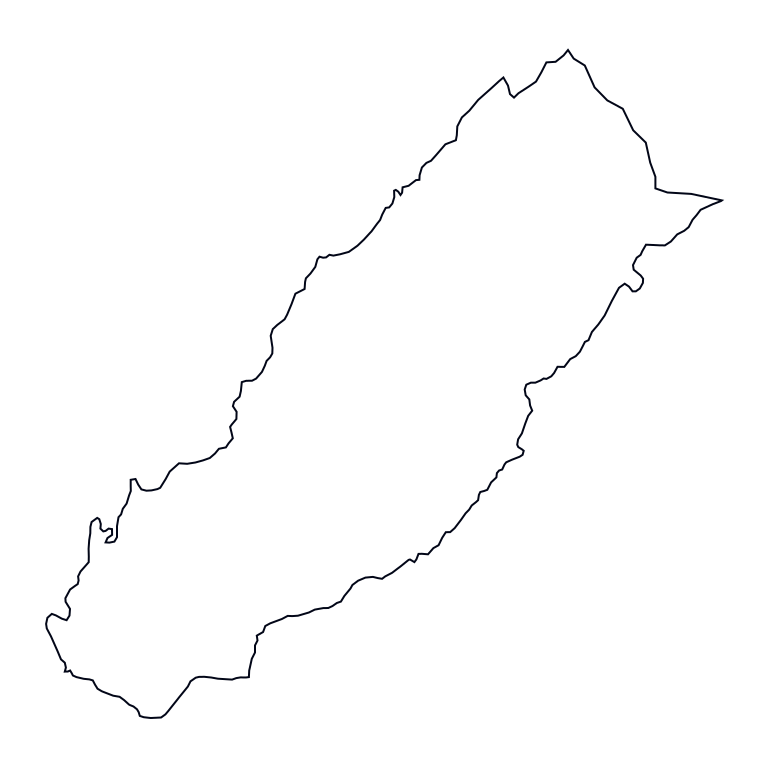 the district of Porkpa, Grand Cape Mount, Liberia
{"feature_id": "62588387B76680524179510", "entity_name": "Porkpa", "entity_type": "district", "adm_level": 2, "iso_a3": "LBR", "parent_name": "Liberia", "parent_adm1": "Grand Cape Mount", "projection": "equal_earth", "projection_center": [-11.08, 7.305], "detail": "fine", "context": "isolated", "style": "outline", "palette": "ink", "viewbox_px": 768, "rotation_deg": 0, "n_neighbors": 0, "source": "geoboundaries", "source_scale": "gbopen_adm2", "svg_char_len": 4478}
<svg xmlns="http://www.w3.org/2000/svg" viewBox="0 0 768 768"><path d="M721.9,200.4L691.2,193.9L667.4,192.5L655.4,188.4L655.4,176.8L650.2,162.6L645.8,142.6L633.2,130.3L622.8,108.8L607.3,100.4L594.6,87.4L584.8,65.5L573.7,58.6L568.2,50.3L568.0,50.0L567.1,51.1L563.6,55.4L555.6,61.8L546.4,62.4L541.3,72.4L536.0,81.6L528.4,86.8L518.5,93.2L514.0,97.6L510.0,94.1L508.0,85.6L503.4,77.5L499.1,81.1L491.8,87.8L478.2,99.9L469.3,110.7L461.9,117.4L457.3,126.4L456.8,135.3L455.9,140.2L445.4,144.3L436.1,155.1L431.0,160.8L426.4,162.9L421.9,167.5L419.6,175.2L419.4,179.8L416.0,180.1L411.3,183.7L408.6,185.8L402.6,187.3L402.1,192.7L400.5,195.0L398.3,191.7L395.8,189.9L394.1,190.7L394.3,197.1L392.4,203.5L389.2,207.4L385.7,207.9L382.2,214.6L380.1,220.0L377.2,223.6L375.2,226.3L371.4,231.5L370.4,232.5L364.0,239.5L357.5,245.7L348.8,251.9L340.0,254.3L333.4,255.6L329.4,254.8L326.1,257.4L323.1,257.7L319.5,256.7L317.4,259.3L315.3,266.9L310.4,273.6L305.9,278.3L305.1,281.9L304.6,289.0L295.4,293.7L291.5,304.2L287.1,314.7L284.6,319.3L277.2,325.0L272.8,329.1L270.7,335.8L272.5,347.8L272.3,353.5L271.2,355.4L270.1,357.3L266.6,360.9L264.8,365.8L262.0,371.8L261.7,372.2L256.1,378.6L252.1,380.7L246.2,380.8L241.8,382.1L240.9,391.0L239.6,396.7L234.1,401.8L232.9,406.2L236.6,411.8L236.4,419.0L231.7,424.6L230.1,426.9L231.5,432.5L232.8,438.3L230.8,440.7L228.6,443.3L225.9,447.4L218.9,448.8L215.1,453.4L214.9,453.6L209.8,458.0L203.0,460.4L195.4,462.5L190.9,463.2L187.2,463.8L179.0,463.3L169.7,471.6L165.7,479.0L160.2,487.8L157.4,489.1L151.5,490.4L146.4,490.7L141.4,489.4L138.2,484.6L135.5,479.0L130.7,479.8L130.7,486.2L130.8,491.0L129.1,495.4L128.1,498.7L126.6,503.6L122.8,508.8L121.1,514.4L118.5,517.2L117.0,526.2L117.0,537.2L114.4,541.6L109.5,542.6L109.2,542.6L105.6,542.4L107.5,538.0L112.1,534.9L112.0,529.1L108.6,528.6L105.6,530.9L103.3,531.4L100.4,528.6L100.8,524.0L99.3,519.2L97.2,517.9L91.6,522.0L90.4,526.9L90.3,533.3L89.2,540.2L88.6,548.7L88.8,556.6L88.7,562.2L80.5,571.5L78.1,576.4L78.6,580.5L77.7,584.1L74.9,586.0L70.1,589.5L65.4,598.2L65.6,601.8L70.0,608.9L69.5,615.6L66.6,620.2L61.9,618.7L55.9,615.4L51.8,613.9L47.4,617.8L46.1,623.9L46.8,628.5L51.0,636.4L57.7,651.5L61.0,659.4L64.8,662.7L65.9,667.6L64.8,671.6L66.1,671.5L67.9,671.5L70.1,670.5L71.2,672.3L71.8,673.3L72.9,675.5L76.5,677.1L83.7,678.8L89.4,679.4L92.8,680.4L95.1,684.8L96.5,687.0L97.5,688.7L101.7,691.2L103.1,691.8L113.2,695.7L119.6,696.8L124.1,700.1L128.4,704.0L129.2,704.7L130.1,705.1L133.5,706.5L137.0,709.3L138.7,712.2L139.8,715.9L143.7,717.2L148.8,717.8L150.8,718.0L157.1,717.7L161.1,717.5L165.4,714.4L168.2,711.1L172.4,705.8L177.9,698.9L178.8,697.7L182.8,692.8L187.9,686.5L190.2,681.9L190.4,681.4L195.7,677.7L197.7,677.2L199.0,676.9L204.3,676.8L211.2,677.5L217.9,678.7L232.1,679.6L236.3,678.1L240.5,677.4L245.8,677.5L248.9,677.1L249.2,670.5L249.7,668.4L251.8,658.8L255.0,652.5L255.0,645.4L257.5,640.5L256.8,635.6L262.8,632.2L263.1,632.0L265.3,626.0L270.3,623.3L281.9,619.0L287.7,615.9L292.3,616.1L298.0,615.7L308.9,612.5L314.8,609.6L323.2,608.1L328.3,608.0L331.9,606.3L332.4,606.1L336.8,603.0L340.9,601.6L344.4,595.9L350.5,588.5L352.4,585.0L358.1,580.7L365.4,577.6L372.9,576.9L377.9,578.1L382.1,578.8L385.2,576.4L392.1,572.8L397.6,568.6L400.3,566.6L408.6,559.9L410.0,559.5L414.4,562.1L416.4,559.4L418.5,553.9L421.9,553.8L428.0,554.3L433.4,548.1L438.6,545.2L442.2,537.8L445.8,532.2L450.2,532.1L454.7,528.1L460.9,520.0L465.6,513.3L469.2,509.6L471.7,505.5L476.0,502.1L478.1,500.2L478.9,494.9L480.3,492.0L481.4,491.7L484.1,491.0L487.3,489.8L491.1,482.4L496.4,477.4L496.9,473.1L499.1,470.5L502.2,469.5L504.5,464.5L506.2,462.3L512.0,459.7L519.7,456.7L522.6,454.8L523.7,450.8L521.9,449.3L518.3,447.1L517.2,444.7L518.1,439.3L521.9,433.4L524.9,424.6L525.2,423.7L528.2,415.8L532.2,410.7L530.1,405.5L529.3,399.4L525.7,395.3L524.7,389.5L526.3,384.7L530.8,382.7L535.3,382.7L540.2,380.6L540.8,380.3L543.6,378.5L546.5,378.9L551.3,376.3L554.1,373.0L556.8,368.1L557.5,366.8L564.3,366.9L570.2,359.1L575.7,356.2L576.2,355.7L579.9,351.7L582.7,346.3L584.9,341.9L588.5,340.2L591.9,332.0L594.6,328.8L598.3,324.5L604.3,316.0L604.6,315.6L611.8,301.0L619.0,287.8L624.7,283.7L629.0,286.6L632.5,291.3L635.9,291.3L639.8,288.5L642.9,282.9L643.1,278.7L640.7,275.5L633.7,269.7L633.0,265.1L636.7,257.7L640.6,254.9L642.2,251.3L646.0,244.7L653.2,245.0L659.2,245.3L664.9,245.4L670.9,241.5L677.2,234.4L684.2,230.8L688.7,227.1L692.6,219.7L696.6,215.1L700.6,209.8L713.2,204.0L713.9,203.8L721.1,201.0L721.9,200.4Z" fill="none" stroke="#020617" stroke-width="2"/></svg>